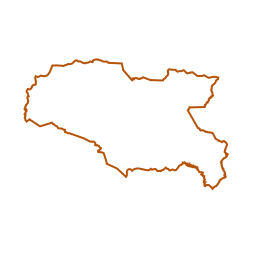 Yoro, Yoro, Honduras (orthographic projection), rotated 168°
{"feature_id": "27666195B27527118551469", "entity_name": "Yoro", "entity_type": "district", "adm_level": 2, "iso_a3": "HND", "parent_name": "Honduras", "parent_adm1": "Yoro", "projection": "orthographic", "projection_center": [-87.286, 15.28], "detail": "fine", "context": "isolated", "style": "outline", "palette": "amber", "viewbox_px": 256, "rotation_deg": 168, "n_neighbors": 0, "source": "geoboundaries", "source_scale": "gbopen_adm2", "svg_char_len": 5660}
<svg xmlns="http://www.w3.org/2000/svg" viewBox="0 0 256 256"><g transform="rotate(168 128 128)"><path d="M107.6,79.6L105.9,79.5L104.9,79.0L104.0,79.7L102.5,79.7L99.2,81.4L98.2,79.9L97.1,79.5L96.6,78.2L96.3,77.9L95.3,77.7L93.1,78.2L91.2,77.0L90.2,76.7L88.1,78.1L85.5,80.6L83.1,81.0L82.5,81.4L82.2,81.9L81.5,81.9L81.3,82.2L81.3,82.6L80.6,82.2L80.2,82.5L80.1,82.3L80.4,81.9L79.8,81.6L79.2,82.0L78.9,81.6L79.0,81.3L78.3,80.6L78.7,80.3L78.5,79.8L77.5,80.4L77.3,80.2L77.1,80.5L77.0,80.4L76.9,79.8L77.3,79.3L77.5,78.9L77.4,78.5L76.8,78.2L76.3,78.3L75.7,78.8L75.2,78.9L75.1,79.5L74.9,79.1L75.1,78.5L75.1,78.2L74.4,78.7L73.8,78.5L74.1,77.9L74.9,77.7L74.9,77.3L73.8,77.1L73.6,76.7L73.1,76.4L72.7,76.9L72.9,77.3L72.3,77.2L71.9,77.5L71.7,77.0L71.9,76.1L71.3,76.1L71.0,75.7L70.6,75.9L70.5,76.5L70.0,76.3L69.4,75.6L69.7,74.9L69.4,74.3L69.0,74.5L68.8,75.3L68.3,75.1L68.4,74.3L68.6,74.0L68.4,73.5L68.6,72.7L67.9,72.0L67.6,70.3L66.9,69.8L65.3,69.5L64.1,68.9L64.1,68.6L64.5,68.5L64.7,68.0L66.0,67.2L65.6,66.8L64.6,66.3L64.7,65.5L63.7,65.5L63.4,65.1L63.5,64.6L64.0,63.5L64.0,62.6L63.4,61.5L64.9,60.4L64.8,60.0L64.1,59.4L64.9,59.4L65.1,59.1L64.4,58.0L64.9,57.5L65.1,55.4L64.6,55.1L63.1,56.0L61.6,55.5L61.1,55.5L60.1,54.6L59.1,52.9L58.5,52.2L58.3,51.5L57.8,51.3L57.8,51.1L57.3,51.4L57.4,51.9L57.3,52.1L56.1,52.1L54.8,52.8L53.7,52.9L53.1,53.6L52.6,53.7L51.8,54.6L51.0,55.2L50.7,55.8L49.9,56.3L49.8,57.1L49.0,57.6L48.4,58.4L47.3,58.3L46.9,58.8L46.3,59.1L44.8,59.3L44.0,59.2L43.7,59.7L42.6,59.9L42.6,60.5L43.5,60.9L43.6,61.3L43.5,61.9L43.0,61.8L42.6,62.1L42.5,63.1L42.8,63.5L42.6,64.7L42.9,65.9L43.5,66.5L43.3,67.2L43.6,68.1L43.3,68.5L43.9,68.8L43.7,69.1L44.1,70.1L44.0,71.5L44.3,72.2L43.9,72.7L43.8,73.5L44.1,74.1L43.6,74.9L44.0,75.3L44.0,75.8L40.5,78.5L39.8,78.4L39.1,78.7L38.7,79.1L38.1,79.1L37.6,79.6L37.3,80.4L36.9,80.3L36.5,80.9L36.8,81.2L36.0,81.7L36.6,82.3L37.6,82.0L37.5,83.1L38.4,84.2L38.5,84.5L37.9,85.4L37.7,86.4L36.8,87.2L36.8,87.9L35.0,90.3L34.6,91.5L34.8,92.7L35.6,93.9L36.5,94.6L36.8,95.3L37.8,95.3L39.0,94.6L41.5,96.8L41.9,96.5L42.2,96.7L42.5,97.4L44.5,99.2L46.2,105.4L46.6,105.8L47.2,105.8L48.0,106.4L48.8,106.5L49.3,106.9L50.4,107.1L50.9,107.3L51.2,107.7L52.8,108.1L53.2,108.8L53.6,108.9L55.0,110.1L55.7,110.4L56.1,110.2L56.5,110.5L57.2,110.4L58.0,111.1L58.3,112.2L58.1,112.5L58.6,113.0L59.6,113.4L65.6,132.1L65.5,132.6L65.8,132.9L64.8,133.9L63.9,134.3L63.7,135.4L48.7,132.6L48.4,132.9L48.4,133.5L48.0,133.7L47.8,134.7L46.9,134.9L45.5,136.7L44.9,136.4L44.8,136.9L43.4,137.8L42.9,138.4L43.2,139.2L43.1,139.4L41.8,140.4L40.9,140.2L40.7,140.4L40.6,141.0L40.1,141.0L40.0,141.4L39.5,141.3L38.6,142.0L38.1,142.1L38.1,142.3L38.6,142.7L38.4,143.1L38.1,144.8L38.5,146.8L38.8,147.5L38.6,148.4L38.3,148.5L37.9,148.9L37.8,149.9L37.1,151.8L33.3,154.0L31.9,156.2L29.9,157.0L29.2,158.6L33.1,160.3L38.7,160.3L42.8,163.9L44.5,163.4L48.8,164.3L49.8,165.0L53.2,169.0L53.8,169.2L58.8,169.1L61.5,172.9L62.5,172.9L63.4,172.6L64.3,172.5L65.3,172.9L67.8,172.8L68.8,173.8L69.2,174.9L74.6,176.4L75.4,176.9L76.6,176.3L77.0,175.8L77.3,174.7L77.3,172.8L78.5,171.0L79.4,170.7L81.0,169.2L82.1,168.6L83.0,168.5L83.5,167.7L83.9,167.3L84.4,167.3L96.3,170.3L102.7,174.5L103.8,173.9L105.7,173.8L105.9,173.6L106.6,173.5L106.9,173.9L107.8,173.9L109.1,175.0L110.6,175.4L110.9,175.2L111.6,175.3L111.6,175.1L112.0,175.1L112.2,174.8L112.6,175.0L112.5,174.6L112.9,174.7L113.2,174.3L113.6,174.6L114.2,174.0L120.6,185.6L120.6,192.4L133.5,195.8L133.9,196.0L134.1,196.7L134.7,197.2L135.5,197.6L136.4,197.6L138.8,198.3L140.6,199.9L141.6,200.1L143.0,201.3L143.8,201.2L144.5,201.7L145.5,201.8L148.1,201.3L148.4,201.0L148.7,200.0L149.0,199.8L151.1,200.9L153.5,200.2L155.2,200.5L156.4,200.2L158.0,200.7L160.9,203.1L162.1,203.4L162.8,203.4L163.4,203.9L163.7,204.6L165.1,204.9L165.9,204.8L168.9,202.8L171.5,202.4L173.4,203.1L174.3,202.6L176.7,202.5L178.1,202.0L179.2,202.5L185.7,204.3L186.6,204.3L189.0,204.9L192.2,199.9L194.0,197.9L195.4,196.8L196.7,196.1L198.0,196.0L199.9,196.2L202.5,197.4L204.7,196.7L206.0,196.8L207.5,197.8L208.2,196.9L208.4,195.7L208.3,195.0L208.6,194.1L208.3,192.6L209.0,190.2L209.5,189.6L211.2,189.9L211.8,189.4L212.4,189.5L213.3,188.6L213.5,187.8L215.3,186.3L216.0,186.2L216.8,186.6L218.0,186.9L218.3,186.3L219.5,185.2L219.5,183.9L218.8,182.8L218.9,181.9L218.6,179.6L219.7,179.5L220.1,178.7L220.2,177.9L220.0,177.2L220.1,176.5L219.9,175.0L220.5,174.3L220.6,173.7L220.8,173.2L223.1,171.6L223.4,170.6L224.2,170.0L224.4,169.0L225.2,168.2L225.2,167.6L224.9,167.2L223.8,167.6L223.4,167.1L223.9,165.3L224.6,165.2L225.4,164.0L225.3,163.2L226.3,162.9L226.2,162.5L225.8,162.3L225.7,161.7L226.1,160.5L226.8,159.9L226.5,158.1L226.7,157.3L225.8,155.4L225.5,155.7L223.6,156.3L222.7,157.0L213.7,147.9L201.2,149.0L200.7,147.9L200.2,147.3L199.4,146.7L198.6,145.6L197.0,144.3L196.6,142.8L196.2,142.2L195.0,141.9L194.1,141.4L192.7,141.2L191.5,139.9L190.0,139.4L190.0,139.2L190.6,138.6L190.1,137.4L190.3,137.0L189.2,136.6L187.7,135.3L186.5,135.1L173.1,126.9L167.7,122.4L167.0,122.3L166.4,122.4L165.7,122.0L164.0,121.6L163.1,120.0L163.4,119.0L163.4,118.7L163.6,118.1L162.9,117.6L162.5,117.8L162.2,117.5L161.6,117.6L160.8,116.8L160.3,116.6L160.2,115.8L159.6,115.1L159.4,114.6L158.9,114.3L159.0,114.0L158.7,113.7L158.9,113.3L159.5,113.1L160.4,112.5L160.9,111.8L161.7,112.1L162.0,112.0L162.2,110.9L161.5,110.5L161.0,110.6L160.7,110.3L159.0,109.8L157.0,108.5L156.1,100.3L156.2,99.9L156.1,98.6L156.3,97.5L147.2,90.7L140.1,80.7L139.1,81.6L138.3,85.0L137.4,86.8L136.4,87.4L135.8,87.5L134.6,87.3L133.8,86.9L133.0,85.4L130.1,86.6L126.4,86.4L117.8,82.6L116.6,82.4L115.9,82.5L114.1,83.4L113.4,82.4L113.0,82.2L111.4,82.4L109.7,82.2L108.8,81.1L108.4,79.9L107.6,79.6Z" fill="none" stroke="#b45309" stroke-width="2"/></g></svg>